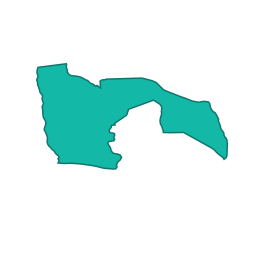 the district of Rio Tinto, Paraíba, Brazil, rotated 105°
{"feature_id": "56859067B7605196219399", "entity_name": "Rio Tinto", "entity_type": "district", "adm_level": 2, "iso_a3": "BRA", "parent_name": "Brazil", "parent_adm1": "Paraíba", "projection": "equal_earth", "projection_center": [-35.029, -6.767], "detail": "fine", "context": "isolated", "style": "filled", "palette": "teal", "viewbox_px": 256, "rotation_deg": 105, "n_neighbors": 0, "source": "geoboundaries", "source_scale": "gbopen_adm2", "svg_char_len": 2716}
<svg xmlns="http://www.w3.org/2000/svg" viewBox="0 0 256 256"><g transform="rotate(105 128 128)"><path d="M133.4,27.1L131.4,25.6L129.5,25.3L127.6,25.6L125.7,26.1L123.8,26.5L121.5,27.1L119.8,27.4L118.1,27.8L116.7,28.2L115.3,28.9L113.9,29.3L112.3,30.9L111.3,32.4L109.7,33.7L108.3,34.0L107.2,34.9L106.1,36.5L104.4,38.3L102.1,39.4L100.5,40.5L99.1,41.5L97.4,42.7L95.9,42.8L94.4,44.3L92.6,45.8L90.6,48.0L90.2,49.8L89.0,51.7L87.5,53.1L86.2,53.9L84.8,54.6L83.2,55.4L82.0,57.1L82.4,60.5L83.1,63.0L84.5,65.5L85.0,67.7L85.1,69.9L85.3,72.5L84.9,76.2L84.5,79.9L84.2,83.8L84.1,86.1L83.7,88.3L83.6,90.8L83.2,92.9L83.0,95.4L82.7,98.2L82.3,101.2L81.9,103.5L76.8,112.5L76.3,115.0L76.1,117.8L76.1,120.7L76.1,124.8L76.2,127.4L77.9,133.3L86.4,161.5L87.5,163.1L88.1,165.3L90.0,167.1L96.4,164.9L95.9,166.6L94.9,168.8L96.1,170.4L95.0,172.1L94.6,174.0L94.5,176.1L93.5,177.5L92.5,179.5L92.4,181.4L91.8,183.4L91.4,185.1L91.1,187.3L91.2,190.3L91.4,192.2L91.8,194.0L92.1,196.5L91.6,198.7L89.6,201.1L87.9,201.5L86.4,202.6L84.8,203.5L83.5,203.5L81.9,204.2L92.7,230.6L94.6,230.7L96.2,230.7L98.7,230.0L101.2,228.3L102.9,228.3L104.4,228.7L105.9,228.3L107.2,227.2L108.9,226.8L110.2,226.1L111.6,224.9L112.9,224.2L114.0,223.4L115.5,222.7L116.8,221.8L117.9,220.0L119.1,218.8L120.7,218.7L122.1,218.6L123.4,217.8L124.9,216.9L126.4,215.8L127.9,216.2L129.5,216.5L131.6,215.5L133.7,214.7L136.7,213.8L138.3,213.1L140.0,212.2L141.3,210.9L142.5,209.6L144.1,208.7L146.3,208.4L148.6,208.6L150.3,208.7L151.7,208.3L153.2,206.7L155.0,205.4L156.7,204.1L158.0,203.4L159.4,203.1L161.2,202.7L162.9,202.3L164.6,201.2L166.1,199.5L167.1,197.5L168.3,196.0L169.4,193.2L171.0,191.8L172.2,189.9L173.0,187.9L174.5,186.9L175.8,187.7L177.2,186.3L178.5,186.2L179.9,186.5L179.5,184.4L179.0,181.7L178.7,180.0L178.0,178.1L177.3,175.5L176.7,173.4L175.5,167.2L175.1,165.1L174.7,162.5L174.5,160.4L174.1,157.6L173.7,154.1L173.4,151.0L173.2,147.4L173.2,145.1L173.1,140.7L172.1,135.5L171.6,132.2L170.6,129.2L168.3,128.5L167.0,129.5L164.9,129.4L162.9,128.7L161.1,127.4L158.1,126.6L156.2,128.5L155.8,131.0L156.1,133.1L156.1,136.1L154.3,138.4L151.5,139.9L150.2,141.5L148.2,143.5L146.5,143.2L145.5,142.0L144.9,140.6L144.0,138.4L142.4,137.9L140.9,139.4L138.8,138.9L137.0,139.6L136.8,141.4L137.3,143.4L136.1,145.4L134.0,145.4L132.0,144.4L129.8,144.6L129.0,143.0L128.4,141.3L127.2,142.2L125.5,140.8L115.8,132.6L109.7,132.3L107.3,128.8L94.5,110.6L96.8,103.3L98.1,101.7L99.9,100.6L101.6,100.3L103.1,100.1L105.1,99.4L106.7,99.1L109.3,99.3L111.3,99.1L112.9,98.9L114.3,98.3L115.7,97.7L117.0,96.4L118.4,95.2L119.7,94.6L121.3,93.3L123.2,92.8L121.7,86.4L117.9,73.1L125.7,42.0L126.9,38.7L128.6,36.2L129.9,33.6L131.1,30.7L131.9,28.7L133.4,27.1Z" fill="#14b8a6" stroke="#0f766e" stroke-width="1.5"/></g></svg>